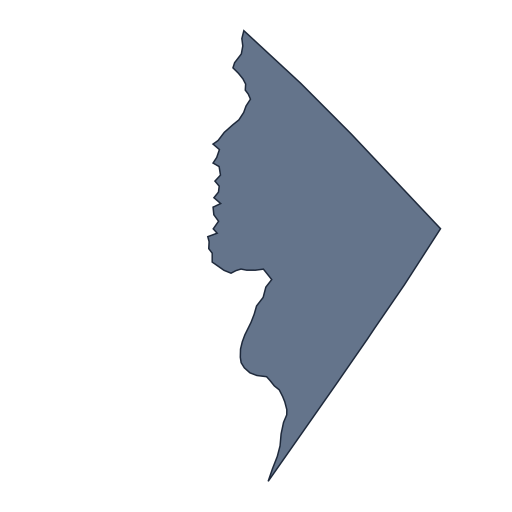 Sulina, Paraná, Brazil (Mercator projection), rotated 215°
{"feature_id": "56859067B24150266218253", "entity_name": "Sulina", "entity_type": "district", "adm_level": 2, "iso_a3": "BRA", "parent_name": "Brazil", "parent_adm1": "Paraná", "projection": "mercator", "projection_center": [-52.696, -25.669], "detail": "fine", "context": "isolated", "style": "filled", "palette": "slate", "viewbox_px": 512, "rotation_deg": 215, "n_neighbors": 0, "source": "geoboundaries", "source_scale": "gbopen_adm2", "svg_char_len": 1165}
<svg xmlns="http://www.w3.org/2000/svg" viewBox="0 0 512 512"><g transform="rotate(215 256 256)"><path d="M318.4,423.1L395.2,433.6L392.3,426.0L387.3,420.5L383.9,413.1L384.4,402.1L382.8,396.9L375.2,395.6L368.3,393.6L363.1,390.9L359.9,385.7L355.2,384.2L350.5,381.3L350.2,373.2L348.4,366.5L348.1,357.7L350.2,350.4L352.9,339.1L353.3,328.9L355.4,323.0L347.0,322.2L344.7,314.2L344.5,307.5L337.5,308.1L331.5,301.9L332.6,293.8L326.2,292.1L323.4,286.8L323.9,279.6L315.0,278.7L319.2,271.4L314.2,265.6L306.6,263.0L306.6,253.7L300.9,252.4L306.6,244.2L302.6,240.8L298.9,234.9L293.5,233.2L288.4,225.9L274.0,225.9L266.6,227.6L264.0,232.6L260.8,236.7L255.6,239.0L248.4,244.0L242.4,249.5L229.6,245.7L230.1,236.2L226.4,226.2L226.9,215.4L224.1,207.3L222.0,198.8L219.9,185.0L218.0,177.8L215.3,170.9L210.8,164.1L207.0,160.1L201.4,157.7L194.0,156.8L186.8,158.6L178.1,163.2L173.3,162.1L166.5,160.1L160.2,159.7L153.6,156.2L148.7,153.0L142.6,147.8L139.7,143.5L138.0,135.5L133.4,124.7L127.4,114.3L123.6,104.1L120.5,91.3L116.8,78.4L116.8,197.9L117.0,230.3L117.1,251.3L117.4,265.0L117.9,317.5L120.5,384.2L247.7,410.5L318.4,423.1Z" fill="#64748b" stroke="#1e293b" stroke-width="1.5"/></g></svg>